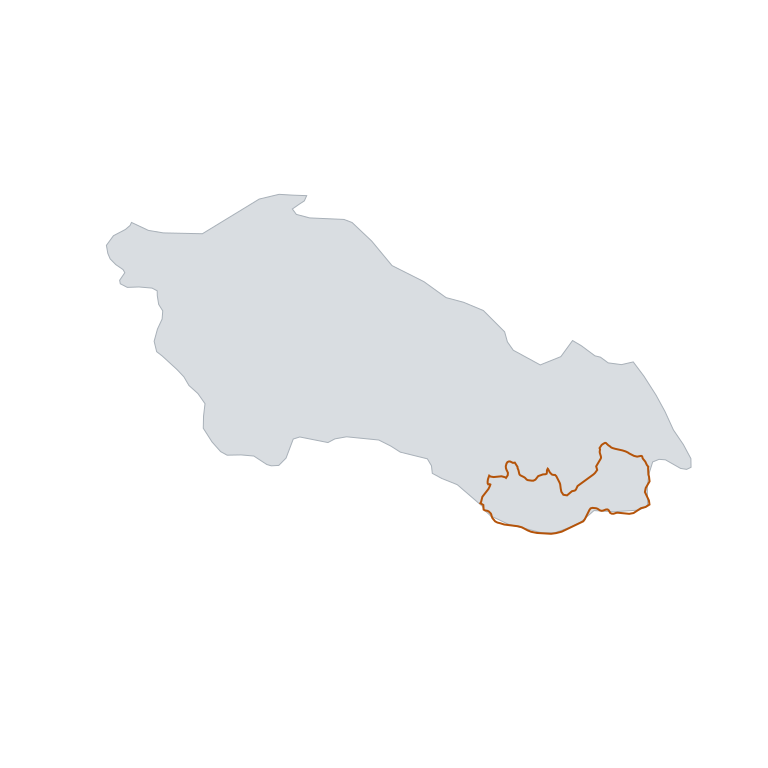 Albania, with Kukës highlighted, rotated 118°
{"feature_id": "ALB-1502", "entity_name": "Kukës", "entity_type": "County", "adm_level": 1, "iso_a3": "ALB", "parent_name": "Albania", "parent_adm1": "", "projection": "mercator", "projection_center": [20.174, 42.189], "detail": "medium", "context": "in_parent", "style": "outline", "palette": "amber", "viewbox_px": 768, "rotation_deg": 118, "n_neighbors": 0, "source": "natural_earth", "source_scale": "10m", "svg_char_len": 3372}
<svg xmlns="http://www.w3.org/2000/svg" viewBox="0 0 768 768"><g transform="rotate(118 384 384)"><path d="M257.1,237.9L257.6,227.5L260.1,211.0L258.7,205.5L260.1,196.0L255.4,183.4L247.5,174.3L255.1,158.1L266.1,138.6L276.3,123.1L288.7,106.9L296.9,91.3L305.8,78.0L313.4,73.8L317.3,76.7L319.3,82.5L318.8,99.9L321.4,105.8L326.7,110.2L337.8,108.1L350.2,103.8L366.8,94.6L369.7,95.2L375.8,100.0L388.7,120.8L397.2,139.2L414.0,145.6L423.4,152.7L435.4,163.6L441.2,174.5L449.4,207.8L450.4,227.8L448.0,237.0L445.9,239.4L438.5,272.0L440.3,288.5L440.2,299.4L433.9,303.7L429.7,310.6L436.5,337.6L435.6,349.1L435.9,362.3L448.2,392.3L455.5,401.6L462.0,406.0L470.3,433.5L475.2,438.3L495.4,435.7L505.3,438.7L509.2,445.2L510.1,449.7L508.7,465.1L513.7,476.9L520.5,489.1L520.4,496.5L515.9,508.6L507.9,522.8L497.2,528.2L485.4,532.8L479.8,543.8L476.9,555.5L471.6,564.1L468.4,573.6L463.4,592.9L462.2,599.9L454.2,607.0L441.9,609.8L430.8,610.4L423.3,613.7L419.5,620.3L412.5,625.6L408.2,628.0L408.2,633.8L413.4,646.0L419.2,656.0L419.3,663.9L416.5,666.1L407.4,665.1L405.5,668.1L404.5,676.9L402.1,684.5L398.4,689.1L391.9,694.2L380.1,692.5L369.0,684.9L363.2,682.6L359.9,682.8L359.0,664.2L354.2,649.8L336.6,614.9L279.3,581.0L265.8,565.7L259.9,552.8L254.0,540.7L259.7,540.3L265.3,543.4L272.5,547.1L275.4,541.0L272.3,527.7L257.5,496.6L256.4,488.0L263.6,461.9L275.7,432.5L274.9,396.8L278.6,369.8L274.5,352.2L272.5,330.7L281.3,302.0L288.9,294.8L293.5,285.7L293.8,255.0L276.8,240.7L257.1,237.9Z" fill="#d9dde1" stroke="#a8b0b8" stroke-width="1"/><path d="M448.1,237.1L444.2,239.5L444.0,243.0L442.6,242.9L437.4,244.2L427.7,242.5L424.5,242.6L422.8,242.9L422.8,243.6L423.7,244.8L423.1,245.8L421.5,246.7L419.3,247.5L415.5,248.1L415.7,246.5L414.7,243.5L410.3,236.9L409.4,232.9L409.6,232.2L406.5,231.9L404.2,232.9L402.3,235.5L401.1,236.8L399.4,237.9L396.6,238.5L394.9,238.3L393.7,237.3L393.2,236.2L393.1,233.1L392.0,231.6L394.5,227.2L395.5,226.6L397.0,224.8L399.9,222.3L400.4,221.6L400.6,220.6L400.5,216.9L400.6,215.5L401.4,213.2L401.4,212.0L400.0,208.2L399.3,206.8L397.4,205.4L392.9,204.6L389.2,201.2L387.9,199.1L386.9,198.3L386.0,198.5L383.7,199.6L381.9,199.7L382.0,199.3L384.2,196.1L385.1,193.3L384.8,191.9L384.0,190.3L384.5,188.6L388.7,182.6L389.8,181.4L393.2,179.0L395.9,176.8L397.6,173.6L396.4,170.1L390.4,167.7L388.9,165.9L388.0,165.2L386.9,165.0L383.2,165.2L365.5,156.6L363.4,155.9L359.8,155.4L357.1,158.0L347.9,157.6L346.9,157.9L345.9,158.7L343.6,161.0L342.7,161.7L340.2,162.6L339.4,163.6L335.5,163.2L333.3,162.0L332.2,161.2L331.9,160.4L332.8,157.1L333.0,154.9L333.3,154.2L333.3,152.4L332.7,149.5L330.7,142.3L330.1,139.0L330.0,136.5L330.2,134.8L330.1,129.5L329.3,126.4L326.8,123.3L326.6,122.6L326.8,122.0L328.3,120.6L329.9,116.8L332.1,113.9L333.0,111.8L334.0,111.5L339.9,108.0L341.4,106.5L345.3,103.8L352.9,104.1L356.9,102.9L362.5,95.4L365.8,93.0L369.8,95.3L373.0,98.8L380.8,103.1L383.5,106.5L387.9,117.2L388.7,118.4L390.8,120.4L391.6,122.1L391.6,123.8L390.0,126.3L389.8,127.6L390.5,129.0L392.9,131.1L393.8,132.3L394.2,134.0L393.9,136.8L394.1,138.3L395.5,141.8L396.8,143.2L398.6,143.5L409.3,143.2L411.7,143.6L431.0,157.8L434.8,162.0L437.8,166.1L443.7,179.0L445.4,184.6L445.8,188.3L445.8,195.0L446.7,198.9L451.6,211.8L452.4,216.0L453.1,218.8L453.1,221.4L451.5,225.3L450.2,226.9L449.1,227.8L448.2,228.9L447.4,231.5L447.4,233.0L448.2,235.6L448.1,237.1Z" fill="none" stroke="#b45309" stroke-width="2"/></g></svg>